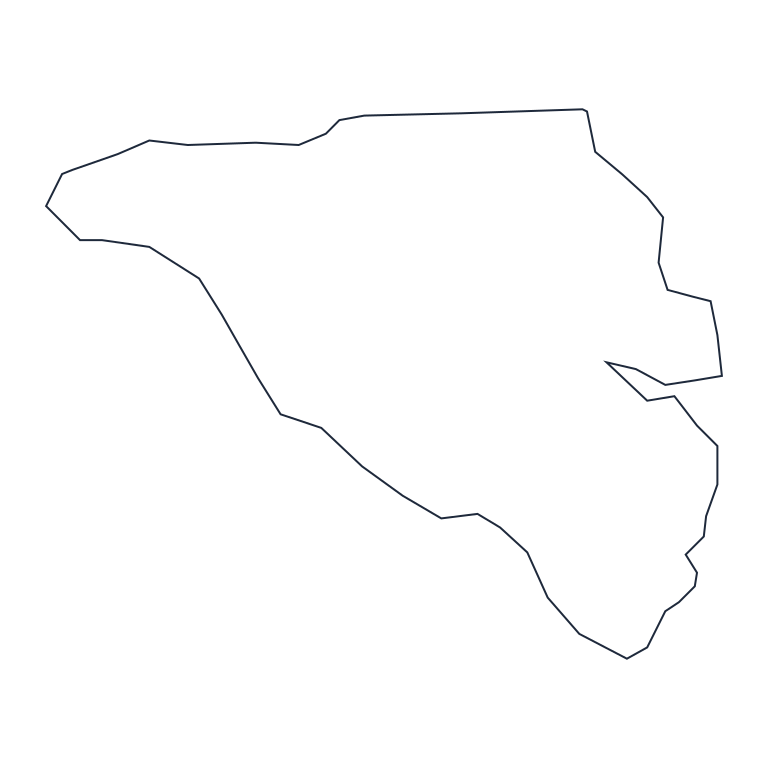 the district of Nam-gu [South District], Ulsan, South Korea
{"feature_id": "91817680B65451529480853", "entity_name": "Nam-gu [South District]", "entity_type": "district", "adm_level": 2, "iso_a3": "KOR", "parent_name": "South Korea", "parent_adm1": "Ulsan", "projection": "mercator", "projection_center": [129.334, 35.502], "detail": "fine", "context": "isolated", "style": "outline", "palette": "slate", "viewbox_px": 768, "rotation_deg": 0, "n_neighbors": 0, "source": "geoboundaries", "source_scale": "gbopen_adm2", "svg_char_len": 867}
<svg xmlns="http://www.w3.org/2000/svg" viewBox="0 0 768 768"><path d="M582.5,109.3L461.7,113.3L364.3,115.6L339.4,120.1L325.9,133.7L298.7,145.0L255.7,142.7L187.8,145.0L149.3,140.5L117.7,154.1L72.4,169.9L62.1,174.0L46.1,206.1L80.0,240.1L101.8,240.1L149.3,246.9L199.1,278.5L221.8,314.7L240.4,347.4L240.6,347.6L240.7,347.9L258.0,378.1L280.6,414.3L321.3,427.9L362.1,466.4L402.8,495.8L441.3,518.4L477.5,513.9L500.1,527.5L527.3,552.4L547.7,597.6L579.3,633.9L626.9,658.7L647.2,647.4L665.3,611.2L678.9,602.2L694.8,586.3L697.0,572.7L685.7,554.6L703.8,536.5L706.1,516.2L717.4,484.5L717.4,446.0L697.0,425.6L674.4,396.2L647.2,400.7L606.5,362.3L635.9,369.1L665.3,384.9L694.8,380.4L721.9,375.9L717.4,335.1L710.6,301.2L692.5,296.6L667.6,289.9L658.6,262.7L663.1,217.4L647.2,197.1L622.3,174.4L595.2,151.8L587.0,111.5L582.5,109.3Z" fill="none" stroke="#1e293b" stroke-width="2"/></svg>